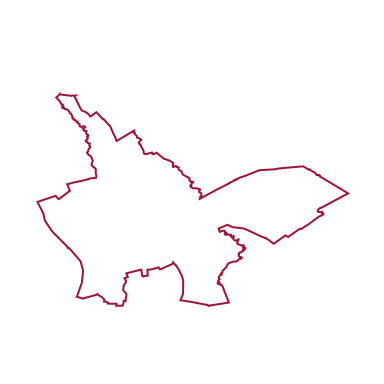 outline of Tynaarlo, Drenthe, Netherlands, rotated 352°
{"feature_id": "6326949B53831042389857", "entity_name": "Tynaarlo", "entity_type": "district", "adm_level": 2, "iso_a3": "NLD", "parent_name": "Netherlands", "parent_adm1": "Drenthe", "projection": "natural_earth1", "projection_center": [6.601, 53.112], "detail": "fine", "context": "isolated", "style": "outline", "palette": "rose", "viewbox_px": 384, "rotation_deg": 352, "n_neighbors": 0, "source": "geoboundaries", "source_scale": "gbopen_adm2", "svg_char_len": 5958}
<svg xmlns="http://www.w3.org/2000/svg" viewBox="0 0 384 384"><g transform="rotate(352 192 192)"><path d="M73.7,77.5L70.7,79.5L73.4,83.3L74.6,86.1L74.8,87.0L76.1,87.4L76.6,88.8L76.5,89.2L75.3,89.5L75.3,90.8L75.6,91.0L77.0,90.9L77.3,91.2L77.5,92.1L79.0,92.5L80.4,93.3L81.9,95.8L81.9,96.7L82.5,97.4L83.0,97.5L83.4,98.3L83.7,99.5L84.1,100.5L83.9,101.5L84.2,101.8L84.0,102.3L84.8,103.0L84.7,103.5L85.5,103.9L85.4,104.2L85.6,104.5L86.4,104.5L86.9,105.1L87.5,106.6L88.5,106.5L88.4,107.4L88.7,108.1L89.9,108.9L90.2,109.4L89.8,110.5L89.9,111.3L90.7,111.6L91.6,112.5L93.1,111.7L93.7,112.0L94.6,112.0L95.0,112.3L94.8,112.7L95.1,113.2L93.1,114.3L93.5,114.7L93.1,115.5L93.6,116.3L96.0,117.1L95.4,117.9L95.4,119.6L96.5,120.5L97.1,121.2L97.2,121.9L97.0,122.1L96.2,121.9L95.8,122.5L95.9,123.1L95.7,123.6L95.9,124.1L96.3,124.3L96.1,124.8L94.7,126.0L94.0,126.0L93.7,126.6L94.7,127.8L95.4,128.0L95.7,128.5L95.5,128.8L95.6,129.0L97.6,129.9L96.9,131.1L96.7,131.8L97.5,133.2L97.3,133.7L95.5,135.3L94.8,137.3L93.7,138.1L93.5,138.8L93.7,139.3L94.4,139.9L95.0,141.1L96.4,142.0L96.8,142.5L98.1,147.2L96.7,149.8L96.4,150.6L96.5,151.6L97.1,152.7L99.4,155.0L99.8,155.8L99.9,156.5L99.3,159.5L99.5,163.1L98.9,164.6L93.3,164.4L87.9,165.3L76.4,166.1L69.5,167.0L71.2,173.8L59.1,180.6L57.5,178.8L56.5,176.8L37.6,180.3L41.8,192.5L42.3,199.7L47.8,211.1L48.7,212.5L60.4,228.1L61.5,230.2L61.5,230.3L62.2,230.1L64.5,233.4L72.0,245.1L73.2,254.4L73.2,254.8L70.4,266.3L63.4,279.8L63.8,279.8L69.3,282.5L69.8,282.2L83.0,280.5L84.3,279.9L85.0,281.1L88.3,283.6L89.0,284.6L90.3,286.7L89.6,288.2L91.6,288.8L93.5,289.8L93.2,290.8L97.6,291.6L101.6,292.1L101.7,292.3L101.1,294.1L107.4,294.9L108.6,292.6L109.5,289.5L109.5,290.5L111.0,290.8L111.5,288.3L111.8,288.0L112.9,284.1L112.8,283.6L110.3,279.9L110.2,278.9L111.6,274.7L113.4,272.9L114.4,271.3L114.3,270.9L113.1,268.1L116.6,267.3L115.7,263.4L130.8,261.8L130.9,262.2L131.1,265.2L130.9,265.6L130.9,266.6L131.0,267.9L131.2,268.2L132.1,268.8L132.2,268.4L136.2,268.8L136.4,268.7L136.5,268.3L137.1,262.7L139.1,263.0L141.8,262.9L148.2,262.0L148.6,262.2L149.5,264.2L149.9,264.2L162.6,260.5L163.5,259.0L165.6,262.3L165.8,262.2L167.8,266.3L170.2,273.3L170.8,276.9L170.7,280.4L169.0,291.2L168.5,292.5L165.5,297.6L175.2,300.5L191.5,306.0L192.8,307.3L193.2,307.2L193.3,307.0L193.9,306.7L194.6,306.9L213.1,306.6L209.0,289.1L207.6,288.2L207.3,287.8L207.6,287.7L207.6,287.3L205.7,287.1L205.0,286.6L204.6,286.0L204.8,285.6L205.5,285.4L205.3,285.0L205.5,284.7L206.1,285.0L206.4,284.9L205.8,284.3L205.5,283.5L206.9,282.4L206.5,282.2L206.8,281.2L206.6,280.8L206.5,280.4L207.6,279.0L208.4,278.3L209.7,278.1L209.5,277.7L208.9,277.5L208.9,277.2L209.8,276.4L210.9,276.1L211.2,274.4L211.7,273.9L212.8,273.4L214.0,272.1L215.7,271.3L215.8,270.8L216.1,270.0L217.0,268.8L218.4,267.6L222.6,266.8L226.5,266.9L228.1,266.1L229.6,264.8L231.0,265.0L231.7,264.6L232.2,263.9L231.1,263.2L230.5,263.1L229.3,261.7L229.4,261.2L229.9,260.3L229.6,259.5L230.8,258.6L231.9,258.6L233.0,258.2L233.6,257.3L234.0,257.1L234.8,257.3L235.3,257.1L235.4,256.9L234.8,256.3L234.8,256.1L236.1,255.8L236.9,255.5L237.1,255.2L236.9,254.6L236.0,254.6L235.7,254.7L235.5,255.3L235.1,255.4L234.9,255.1L234.7,254.1L235.7,253.4L235.9,252.7L235.6,251.8L234.0,252.1L232.0,250.8L230.6,250.3L229.6,249.5L229.5,249.2L230.1,248.3L230.3,247.1L231.5,245.9L231.6,245.5L231.5,245.3L231.0,245.4L230.0,246.1L228.7,246.4L227.1,245.4L226.2,243.9L227.0,242.6L227.2,241.5L226.9,241.4L226.1,242.4L225.0,242.3L224.3,241.3L224.8,240.4L224.6,239.7L222.5,239.6L221.2,238.7L220.3,237.4L220.0,237.6L220.0,239.0L219.7,239.2L219.2,239.0L218.5,237.9L218.6,237.7L219.2,237.6L219.5,237.3L219.1,236.6L219.1,235.5L218.8,234.8L215.8,234.8L214.1,235.4L213.7,234.9L213.8,234.3L213.4,233.1L213.3,231.9L222.6,229.4L226.3,231.9L228.8,232.9L236.0,234.7L238.8,235.7L241.1,237.0L253.9,245.4L258.1,247.8L258.8,247.7L259.6,248.9L261.2,250.1L265.6,254.6L278.6,248.0L280.9,249.9L293.9,243.3L295.0,243.9L300.4,241.2L300.6,241.3L301.8,240.8L312.2,235.1L314.4,234.0L316.9,233.2L317.7,232.4L318.5,232.7L318.9,232.6L319.1,232.2L319.0,231.7L318.0,229.8L316.7,230.1L314.0,229.0L313.7,228.5L314.7,226.9L316.8,225.6L317.5,225.7L346.4,215.1L320.6,194.2L320.8,193.8L320.4,193.7L320.2,192.8L317.8,192.6L316.5,190.0L312.3,187.0L311.7,185.9L310.8,186.2L305.7,182.1L288.6,181.1L279.9,180.8L278.6,181.0L276.9,181.0L261.8,179.8L247.0,183.4L241.0,184.5L239.1,185.3L239.0,185.2L236.0,186.0L236.3,186.4L230.3,188.2L230.4,188.5L216.5,193.2L202.1,198.6L201.7,198.5L201.3,198.9L198.7,199.8L198.9,199.2L199.6,199.1L199.9,198.7L199.6,197.6L201.0,197.0L200.8,194.4L199.2,193.2L199.0,192.8L199.7,191.2L200.3,191.2L200.5,190.9L199.9,190.2L198.0,189.6L197.4,188.9L195.0,188.8L193.5,188.4L192.7,187.5L191.6,187.2L192.0,186.0L191.3,185.7L191.2,185.3L192.5,184.5L193.3,183.3L194.4,182.7L194.5,182.4L193.0,181.6L192.6,182.0L192.2,182.0L191.6,180.5L191.0,179.8L191.5,179.0L191.2,177.7L190.0,177.0L189.5,176.3L188.4,176.0L187.7,175.1L186.4,174.4L185.2,173.1L184.9,171.8L184.6,171.1L184.6,170.1L182.5,168.6L181.8,167.5L181.7,167.0L182.2,165.9L181.5,165.4L180.3,165.1L180.1,164.9L180.0,164.3L179.6,164.0L177.1,164.6L176.6,164.4L176.5,164.1L176.6,162.9L176.8,162.4L177.2,162.1L177.1,161.7L177.4,160.5L173.6,157.4L173.0,157.4L170.1,155.6L169.2,155.5L162.4,148.3L159.6,149.2L158.6,149.1L158.1,148.8L158.3,147.6L157.9,147.3L152.5,148.0L151.4,147.9L149.8,147.3L149.6,146.9L149.8,145.3L149.6,144.2L149.1,142.2L148.0,140.3L148.0,139.7L147.5,138.6L147.8,138.3L146.5,136.5L146.2,136.5L146.2,135.6L148.5,133.6L149.0,133.1L148.9,132.9L148.7,132.6L147.3,131.9L146.6,131.0L145.3,130.7L144.9,128.5L143.7,126.9L143.3,126.2L143.6,125.1L142.3,124.9L142.4,124.6L142.9,124.0L143.1,123.1L124.5,131.0L124.0,129.6L123.7,127.6L121.9,122.0L120.2,115.7L116.8,111.0L114.6,107.4L114.0,107.6L108.4,99.7L105.1,101.4L103.1,102.7L101.7,103.0L101.0,101.6L99.5,99.5L97.6,97.9L95.2,96.7L93.9,95.7L88.9,80.8L90.0,80.3L86.6,79.8L86.2,80.0L79.1,78.2L74.6,76.9L74.6,76.7L73.7,77.5Z" fill="none" stroke="#9f1239" stroke-width="2"/></g></svg>